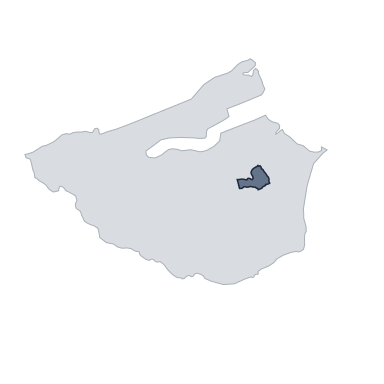 Mbacke, Diourbel, Senegal (highlighted), rotated 158°
{"feature_id": "50182788B63857747785645", "entity_name": "Mbacke", "entity_type": "district", "adm_level": 2, "iso_a3": "SEN", "parent_name": "Senegal", "parent_adm1": "Diourbel", "projection": "orthographic", "projection_center": [-15.86, 14.756], "detail": "fine", "context": "in_parent", "style": "filled", "palette": "slate", "viewbox_px": 384, "rotation_deg": 158, "n_neighbors": 0, "source": "geoboundaries", "source_scale": "gbopen_adm2", "svg_char_len": 6868}
<svg xmlns="http://www.w3.org/2000/svg" viewBox="0 0 384 384"><g transform="rotate(158 192 192)"><path d="M290.2,176.9L294.6,184.4L293.7,188.0L292.8,193.3L295.3,197.2L298.2,199.6L300.3,201.9L302.6,205.0L303.0,211.4L302.7,216.0L304.2,218.0L305.5,220.6L305.3,222.8L304.5,224.7L301.8,227.3L301.4,232.1L305.9,237.8L308.8,240.8L308.8,242.6L309.7,244.6L311.8,246.8L313.1,246.3L314.5,244.4L315.1,243.1L318.9,243.6L320.8,244.1L323.3,247.8L324.2,250.3L324.9,253.5L327.5,257.3L329.8,260.0L330.3,261.8L332.3,264.1L331.1,269.3L331.3,271.9L330.1,278.9L329.8,282.2L329.9,283.4L333.0,285.8L332.8,289.4L329.7,288.8L324.3,288.5L313.6,290.5L309.9,289.8L302.8,290.2L297.8,291.3L291.4,293.7L286.5,293.2L283.8,291.4L280.2,291.6L276.2,290.7L272.0,289.0L268.1,288.2L263.9,285.1L261.9,284.5L260.6,285.4L259.4,286.5L258.2,287.1L256.0,286.6L255.1,284.4L255.8,282.3L256.0,280.7L254.9,279.8L252.3,279.6L248.2,279.6L241.6,279.0L240.1,278.7L225.2,278.3L209.8,278.3L196.7,278.4L180.2,278.4L168.6,278.4L157.8,278.4L149.5,282.7L140.4,287.3L128.2,289.8L114.2,288.9L109.7,289.6L105.1,291.6L101.7,293.1L96.9,294.0L90.6,293.2L88.1,293.7L86.5,291.5L84.8,288.1L85.9,285.6L89.7,284.0L95.4,281.9L98.4,283.0L100.2,283.1L100.5,281.7L99.9,281.0L95.6,279.1L93.4,276.7L91.5,278.1L89.9,281.1L88.6,282.0L86.7,282.8L85.6,280.8L85.1,278.8L86.0,277.3L85.6,268.8L86.1,264.2L85.8,260.3L88.6,257.7L91.1,256.0L101.1,255.9L110.4,255.8L119.4,255.9L128.5,256.0L129.4,248.1L132.3,247.4L136.6,246.6L144.6,245.6L153.6,244.7L155.5,243.1L157.0,240.5L157.9,238.1L159.8,237.1L162.3,237.9L165.6,239.1L169.0,241.0L172.9,242.8L175.5,243.9L181.7,246.7L192.5,250.5L201.3,252.0L211.9,249.1L219.5,247.2L220.4,243.7L219.2,240.4L213.5,237.4L205.7,237.8L203.4,238.7L199.7,239.7L197.6,240.1L193.9,239.4L189.2,236.8L186.3,234.2L182.2,233.0L177.4,231.7L169.6,226.3L165.5,225.3L161.7,225.1L154.3,226.2L147.1,229.1L143.3,235.7L136.1,235.7L120.8,235.5L106.7,235.2L95.1,235.7L94.0,230.8L91.3,227.0L86.8,223.7L85.8,220.7L87.3,218.0L91.7,215.9L92.7,214.3L90.4,214.5L87.0,215.9L84.7,216.0L84.5,211.8L80.7,206.4L76.5,197.2L71.7,193.4L67.7,185.9L63.5,183.0L59.6,181.7L56.3,181.9L55.1,185.3L51.0,180.4L56.6,178.7L68.7,172.7L82.6,155.2L95.1,134.5L96.7,129.6L98.2,125.9L99.2,117.4L101.0,112.4L102.7,111.4L104.8,107.6L107.3,100.8L110.2,97.0L113.4,96.3L115.9,96.6L117.6,98.0L122.8,98.9L131.4,99.2L138.1,98.2L142.8,95.8L149.0,94.6L156.6,94.6L160.6,93.6L161.0,91.6L162.0,91.1L163.6,91.8L165.1,91.5L166.5,90.1L167.9,90.0L169.3,91.2L175.7,91.5L187.1,91.0L197.7,94.5L207.5,102.0L212.5,107.1L212.8,109.6L214.5,112.1L217.4,114.7L220.0,115.1L222.4,113.5L224.3,113.7L225.7,115.6L228.5,116.0L231.5,114.7L233.7,115.1L234.2,116.3L234.7,116.9L236.2,117.2L238.2,118.7L241.0,122.7L243.4,128.3L245.3,135.5L247.6,139.4L250.5,140.0L252.2,141.5L252.6,143.2L253.5,144.3L254.9,145.0L257.3,144.6L260.2,147.0L263.4,152.2L263.9,154.6L263.4,155.9L263.6,156.8L265.7,157.7L267.7,159.4L269.3,162.0L272.8,164.3L278.1,166.2L281.9,169.2L284.3,173.2L289.2,176.5L290.2,176.9Z" fill="#d9dde1" stroke="#a8b0b8" stroke-width="1"/><path d="M119.1,190.8L119.3,190.8L119.6,190.8L119.9,190.9L120.5,191.0L120.8,191.0L120.9,192.0L121.0,192.0L121.3,191.8L121.5,191.7L121.8,191.5L122.0,191.4L122.3,191.3L122.4,191.2L122.6,191.2L122.8,191.2L123.0,191.3L123.3,191.3L123.5,191.2L123.8,191.2L124.0,191.2L124.3,191.1L124.5,191.0L125.1,191.0L125.3,191.0L125.5,190.9L125.8,190.8L126.0,190.8L126.4,190.7L126.5,190.7L126.8,190.6L127.0,190.4L127.5,190.2L127.9,190.0L128.0,189.9L128.2,189.7L128.3,189.7L128.5,189.4L128.8,189.2L129.1,189.0L129.3,188.8L129.4,188.7L129.5,188.6L129.7,188.3L129.8,188.2L129.9,187.9L130.0,187.7L130.1,187.4L130.1,187.2L130.2,186.9L130.2,186.6L130.2,186.3L130.2,186.1L130.2,185.8L130.1,185.6L130.1,185.4L130.1,185.2L130.0,184.8L130.0,184.7L129.9,184.4L129.9,184.1L129.9,183.9L129.8,183.7L129.9,183.3L129.9,183.2L130.0,183.0L130.0,182.9L130.0,182.6L130.1,182.3L130.1,182.2L130.2,181.9L130.2,181.7L130.4,181.5L130.5,181.5L130.6,181.4L130.9,181.3L131.0,181.3L131.1,181.2L131.4,181.1L131.5,181.0L131.6,180.9L132.3,181.6L133.7,183.2L135.1,183.7L135.9,183.3L136.3,182.8L136.8,182.7L137.5,183.2L139.2,184.4L141.2,185.4L144.6,186.2L145.4,186.6L146.1,181.0L146.2,180.8L146.2,180.5L146.2,180.3L146.3,180.1L146.3,179.9L146.3,179.7L146.4,179.3L146.4,179.1L146.4,178.9L146.4,178.7L146.5,178.6L146.5,178.3L146.5,178.2L146.5,177.8L146.6,177.7L146.5,177.4L146.4,177.4L146.1,177.4L145.9,177.3L145.8,177.2L145.6,177.1L145.4,177.0L145.1,176.9L144.9,176.8L144.7,176.8L144.3,176.7L144.2,176.7L143.9,176.7L143.7,176.7L143.6,176.8L143.4,176.9L143.0,177.0L142.8,177.1L142.7,177.1L142.4,177.2L142.2,177.3L141.9,177.4L141.8,177.5L141.7,177.5L141.6,177.4L141.4,177.3L141.3,177.2L141.1,177.1L140.9,177.0L140.8,176.9L140.6,176.8L140.5,176.7L140.3,176.6L140.1,176.5L139.9,176.4L139.7,176.2L139.4,176.0L139.3,175.9L139.1,175.9L138.9,175.8L138.8,175.7L138.7,175.7L138.4,175.6L138.2,175.5L137.9,175.5L137.7,175.4L137.2,175.4L136.9,175.4L136.6,175.4L136.4,175.4L136.2,175.3L135.8,175.3L135.8,175.2L135.7,175.2L135.4,175.0L135.1,174.8L134.8,174.6L134.5,174.4L134.3,174.3L133.9,174.0L133.8,173.9L133.6,173.7L133.4,173.6L133.1,173.5L132.9,173.4L132.6,173.3L132.4,173.2L132.2,173.1L131.9,172.9L131.6,172.8L131.5,172.7L131.3,172.6L131.3,172.4L131.2,172.2L131.2,171.9L131.0,171.7L130.9,171.5L130.8,171.4L130.7,171.2L130.4,171.0L130.0,170.9L130.0,170.7L129.9,170.6L129.8,170.4L129.7,170.0L129.8,169.7L129.8,169.3L129.2,169.3L125.8,169.3L125.7,169.5L125.5,169.8L125.4,169.9L125.3,170.0L125.2,170.0L124.8,170.2L124.5,170.2L124.4,170.3L124.2,170.3L123.9,170.3L123.7,170.3L123.2,170.4L122.8,170.4L122.6,170.4L122.3,170.5L122.2,170.5L121.7,170.5L121.4,170.5L121.2,170.8L121.2,171.0L121.0,171.3L120.9,171.2L120.7,171.2L120.3,171.2L119.8,171.1L119.1,171.0L117.8,170.9L117.5,170.9L117.0,171.0L116.6,171.1L116.6,171.4L116.6,171.5L116.7,171.8L116.7,172.0L116.7,172.3L116.7,172.7L116.7,172.8L116.6,173.1L116.6,173.3L116.6,173.5L116.5,173.8L116.4,173.9L116.3,174.0L116.2,174.2L116.2,174.3L116.1,174.5L115.9,174.8L115.8,175.0L115.7,175.2L115.7,175.3L115.7,175.6L115.7,175.9L115.7,176.1L115.7,176.4L115.6,176.6L115.7,176.8L115.7,177.0L115.7,177.4L115.7,177.5L115.8,177.6L115.9,177.9L115.9,178.0L116.0,178.1L116.1,178.4L116.2,178.5L116.3,178.7L116.3,178.8L116.3,179.0L116.4,179.3L116.4,179.5L116.4,179.9L116.5,180.1L116.5,180.4L116.5,180.5L116.6,180.8L116.6,181.0L116.7,181.3L116.8,181.6L116.8,181.8L116.9,182.1L117.0,182.3L117.0,182.5L117.1,182.8L117.3,183.1L117.3,183.3L117.4,183.5L117.5,183.7L117.5,183.8L117.6,184.0L117.7,184.3L117.7,184.5L117.6,184.9L117.6,185.0L117.6,185.3L117.7,185.5L117.7,185.8L117.8,186.0L118.0,186.4L118.0,186.5L118.3,186.8L118.4,187.0L118.5,187.0L118.6,187.3L118.7,187.5L118.8,187.5L118.8,187.8L118.9,188.0L118.9,188.3L118.8,188.5L118.7,188.8L118.7,189.0L118.6,189.3L118.6,189.5L118.8,189.7L118.9,189.8L119.1,190.1L119.2,190.4L119.1,190.5L119.1,190.8Z" fill="#64748b" stroke="#1e293b" stroke-width="1.5"/></g></svg>